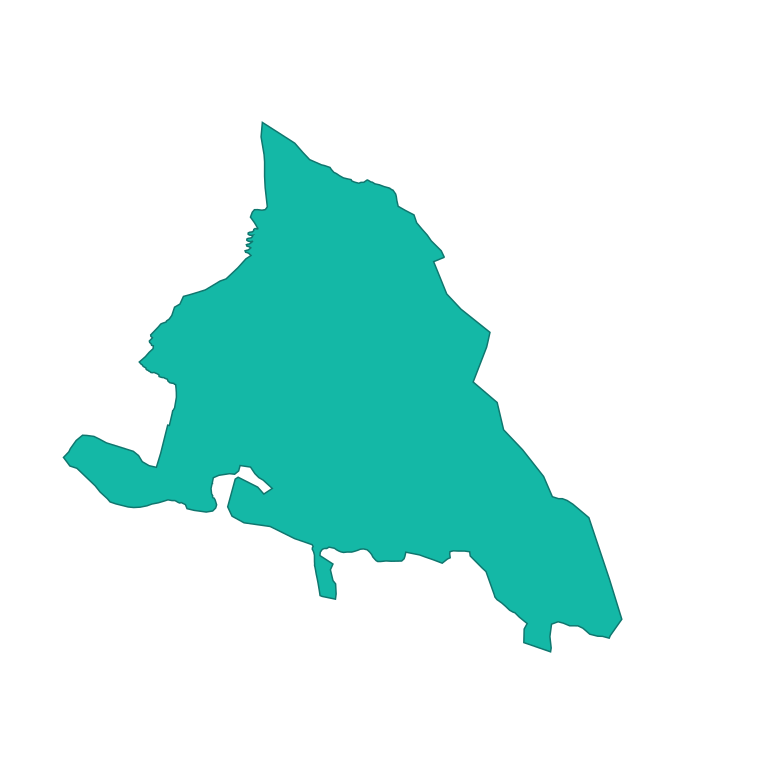 the district of Birnin Kudu, Jigawa, Nigeria, rotated 105°
{"feature_id": "59680162B7272699675434", "entity_name": "Birnin Kudu", "entity_type": "district", "adm_level": 2, "iso_a3": "NGA", "parent_name": "Nigeria", "parent_adm1": "Jigawa", "projection": "equal_earth", "projection_center": [9.426, 11.485], "detail": "fine", "context": "isolated", "style": "filled", "palette": "teal", "viewbox_px": 768, "rotation_deg": 105, "n_neighbors": 0, "source": "geoboundaries", "source_scale": "gbopen_adm2", "svg_char_len": 4874}
<svg xmlns="http://www.w3.org/2000/svg" viewBox="0 0 768 768"><g transform="rotate(105 384 384)"><path d="M537.9,674.6L542.0,669.3L544.5,666.2L544.9,658.8L557.1,636.6L561.8,630.3L566.4,621.5L568.8,618.1L569.2,612.1L569.0,599.4L568.1,593.8L566.1,587.7L563.0,581.4L560.0,577.1L557.2,571.3L554.2,566.4L551.8,562.7L551.5,558.8L550.7,555.7L551.7,551.9L551.8,550.4L551.0,549.2L551.9,544.6L555.4,542.0L555.2,534.6L553.7,522.6L551.0,516.6L547.4,514.5L544.3,514.4L544.0,514.4L539.7,517.1L538.2,518.6L538.2,519.7L537.6,520.4L536.3,520.5L534.7,522.1L529.8,524.0L524.9,524.3L524.6,523.9L523.6,524.3L518.7,524.6L514.9,519.8L510.6,510.0L509.8,504.9L505.6,501.9L500.0,501.9L498.8,491.4L504.0,485.5L506.8,480.7L508.1,475.9L513.8,464.9L521.4,471.6L516.3,479.3L511.8,500.8L514.4,503.1L543.1,503.2L551.0,496.6L554.3,483.3L551.1,457.1L556.5,430.2L557.8,411.8L559.3,410.4L560.7,410.8L562.2,410.5L563.2,409.5L564.6,408.4L567.3,406.9L573.8,405.1L575.5,404.5L577.3,404.1L578.9,403.2L581.6,401.9L585.3,400.2L589.6,398.0L593.3,396.2L600.3,393.0L604.9,391.0L605.2,388.8L605.0,385.6L604.4,375.2L599.2,375.9L589.6,379.0L587.1,382.4L577.3,387.7L571.1,386.7L566.3,401.5L562.9,402.0L559.7,400.8L558.4,399.2L557.7,396.7L555.8,394.9L555.5,389.3L556.4,387.0L557.0,384.5L557.3,382.1L557.2,379.5L555.8,376.0L554.7,371.7L553.2,369.1L551.4,366.3L549.7,364.1L548.6,361.0L548.5,357.3L550.2,354.1L552.0,351.7L553.9,350.1L555.4,347.9L556.7,345.8L557.1,344.0L556.3,341.2L554.4,336.3L553.3,331.1L551.0,323.1L550.4,321.1L547.7,319.4L545.2,319.2L540.8,319.4L539.9,305.4L540.4,299.9L541.0,291.4L542.0,281.4L536.5,277.3L534.7,275.1L531.0,276.6L528.9,276.9L527.2,273.9L526.2,269.3L524.5,262.9L523.9,257.8L527.8,256.2L536.2,241.8L538.8,236.9L559.1,222.9L561.0,221.8L563.0,219.1L565.0,213.7L567.0,209.6L570.0,204.1L571.0,200.1L571.0,198.5L574.1,193.1L576.9,186.9L578.3,183.7L584.4,185.2L597.6,182.0L599.6,153.8L595.7,154.2L585.0,158.4L572.6,160.0L568.6,154.3L568.6,148.9L569.5,142.1L567.4,134.1L568.4,128.7L572.4,120.5L572.3,112.4L571.2,107.6L571.2,100.7L568.4,100.3L549.7,93.4L514.4,115.6L474.2,142.2L460.1,151.5L451.2,170.5L449.1,177.0L448.6,182.0L449.6,185.8L449.3,192.2L432.0,205.9L411.6,233.2L397.3,256.6L372.6,269.9L359.0,298.4L321.8,294.4L315.7,294.6L306.7,295.0L300.2,309.8L291.8,329.0L280.8,346.7L253.0,367.7L246.2,358.8L245.7,358.8L245.4,359.0L245.1,359.3L240.5,363.2L233.5,375.4L229.0,380.7L224.7,387.2L219.8,394.2L212.9,398.8L210.8,408.3L208.7,416.3L203.4,419.1L199.8,420.6L197.5,421.9L194.6,425.3L194.6,425.5L194.5,425.8L194.5,426.0L194.4,426.0L194.4,426.3L194.3,426.5L194.2,426.8L194.2,427.0L194.1,427.3L194.0,427.5L193.9,427.8L193.9,428.0L193.8,428.4L193.7,428.5L193.6,428.8L193.5,429.0L193.5,429.3L193.4,429.3L193.4,429.5L193.3,429.8L193.3,434.9L192.8,440.0L193.0,444.6L192.1,447.4L192.2,448.7L192.1,449.4L191.5,451.4L191.2,452.7L191.4,453.2L194.4,455.7L195.2,458.5L196.6,460.2L196.6,464.7L196.2,467.6L195.1,468.7L195.3,472.2L195.4,476.6L194.3,480.9L193.1,484.3L192.5,487.3L190.4,490.4L188.8,492.2L188.4,498.2L188.5,501.2L186.5,514.0L186.4,514.1L181.2,522.5L174.5,532.5L166.8,556.6L162.8,569.2L177.1,566.7L193.5,559.2L200.4,556.8L214.3,553.1L225.1,549.6L243.0,542.6L244.9,543.2L246.4,544.0L247.7,546.9L248.3,551.3L249.2,554.3L252.2,555.7L257.4,556.2L261.6,551.0L264.4,548.1L265.3,547.4L266.1,546.3L266.7,546.1L267.1,546.7L267.2,548.8L268.4,549.8L269.5,549.5L270.1,549.9L271.0,550.4L271.6,551.7L272.3,553.3L273.3,554.3L274.5,554.0L275.0,552.5L274.8,550.4L274.3,549.3L274.6,549.5L275.7,549.2L276.3,549.6L277.2,550.1L277.8,551.4L278.5,553.0L279.5,554.0L280.7,553.7L281.2,552.1L281.1,550.1L280.2,548.1L280.4,547.9L282.3,549.2L283.6,550.4L284.2,551.8L285.1,553.0L286.4,552.0L286.3,550.2L286.8,548.4L287.0,547.9L288.5,548.9L289.8,550.1L290.5,551.5L291.3,552.7L292.6,551.7L292.5,549.9L293.0,548.1L294.1,546.0L294.3,545.7L298.9,549.8L309.7,555.3L323.4,563.8L327.0,569.0L339.4,581.0L345.6,590.8L348.3,595.2L351.3,600.4L359.6,601.8L364.0,606.2L369.5,606.5L372.7,606.7L376.9,608.3L379.4,610.4L380.6,610.6L381.6,612.1L382.8,613.9L383.9,615.2L387.2,616.7L397.0,622.1L398.3,621.5L399.3,619.6L403.2,621.8L404.5,621.1L405.5,619.3L406.8,618.5L406.8,616.7L409.5,616.2L409.8,616.3L414.1,619.0L419.4,621.6L426.1,626.1L427.7,623.7L428.0,622.6L429.3,621.2L429.7,619.8L430.1,618.2L431.3,617.6L431.8,616.6L431.9,615.4L432.3,614.8L432.7,612.9L433.2,612.3L433.1,610.8L432.3,609.0L432.6,607.6L432.8,605.8L433.4,603.8L434.2,603.5L435.0,603.2L435.2,600.7L435.1,599.5L434.8,598.1L435.2,597.2L435.5,594.5L437.1,593.4L438.2,591.2L438.1,589.1L437.8,587.1L438.5,586.4L438.5,585.1L442.4,583.6L445.9,582.4L450.5,581.1L461.2,580.1L463.9,580.8L464.5,581.2L467.3,581.0L479.6,580.6L479.7,582.3L508.8,581.8L523.4,582.3L523.7,589.7L521.6,597.4L516.7,602.5L513.9,608.7L512.7,636.9L510.8,644.9L509.7,650.6L510.6,657.7L511.5,661.9L518.2,666.7L527.5,670.2L528.7,670.4L531.1,670.9L537.9,674.6Z" fill="#14b8a6" stroke="#0f766e" stroke-width="1.5"/></g></svg>